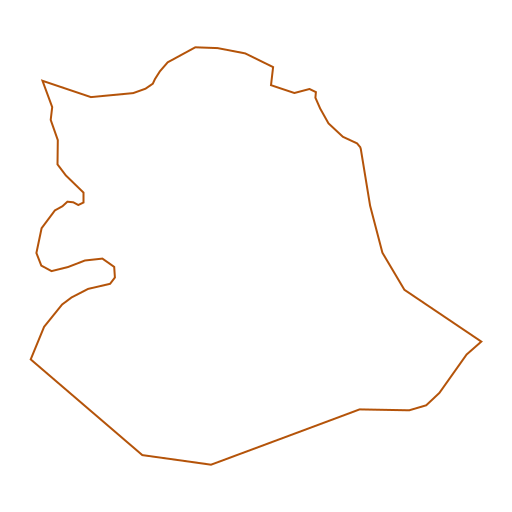 the Municipality of Crnomelj
{"feature_id": "SVN-945", "entity_name": "Crnomelj", "entity_type": "Municipality", "adm_level": 1, "iso_a3": "SVN", "parent_name": "Slovenia", "parent_adm1": "", "projection": "orthographic", "projection_center": [15.174, 45.522], "detail": "fine", "context": "isolated", "style": "outline", "palette": "amber", "viewbox_px": 512, "rotation_deg": 0, "n_neighbors": 0, "source": "natural_earth", "source_scale": "10m", "svg_char_len": 853}
<svg xmlns="http://www.w3.org/2000/svg" viewBox="0 0 512 512"><path d="M360.2,147.1L360.8,149.0L370.1,205.7L382.4,252.7L404.4,289.8L481.3,341.6L466.6,354.5L439.4,392.9L426.2,405.3L409.2,410.3L359.6,409.4L274.5,441.1L211.0,464.7L142.3,455.1L30.7,359.4L44.1,326.8L62.1,304.5L71.6,297.4L88.1,288.9L110.1,283.8L114.9,277.5L114.2,266.9L102.4,258.6L84.9,260.5L68.1,267.0L51.5,271.1L41.3,265.6L36.4,253.0L41.6,228.2L54.9,210.4L62.5,206.2L67.4,201.7L73.3,202.3L78.3,205.0L83.5,202.5L83.5,192.6L65.8,175.4L57.5,164.4L57.8,140.1L50.7,119.9L52.2,107.1L42.5,80.8L90.9,97.1L133.2,93.1L145.5,88.7L152.8,83.7L155.0,79.0L159.9,71.3L167.7,62.3L195.3,47.3L217.6,48.1L245.2,53.4L273.1,67.1L271.0,85.2L294.4,93.0L309.5,89.0L315.9,92.1L315.4,97.7L320.2,108.6L328.5,123.4L342.9,136.8L357.1,143.4L359.3,146.1L360.2,147.1Z" fill="none" stroke="#b45309" stroke-width="2"/></svg>